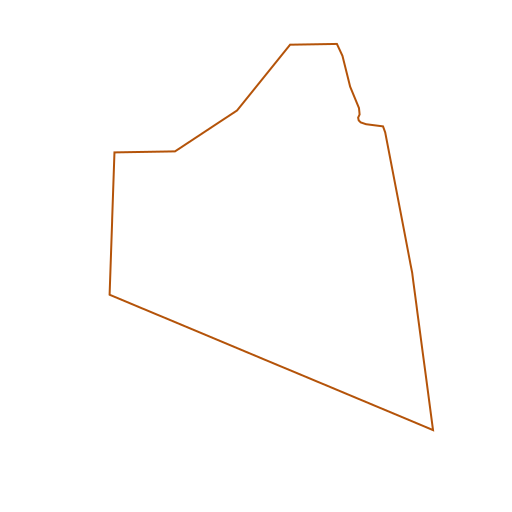 the district of Al Maslub, Al Jawf, Yemen, rotated 80°
{"feature_id": "15242507B10963365532335", "entity_name": "Al Maslub", "entity_type": "district", "adm_level": 2, "iso_a3": "YEM", "parent_name": "Yemen", "parent_adm1": "Al Jawf", "projection": "mercator", "projection_center": [44.561, 16.096], "detail": "fine", "context": "isolated", "style": "outline", "palette": "amber", "viewbox_px": 512, "rotation_deg": 80, "n_neighbors": 0, "source": "geoboundaries", "source_scale": "gbopen_adm2", "svg_char_len": 772}
<svg xmlns="http://www.w3.org/2000/svg" viewBox="0 0 512 512"><g transform="rotate(80 256 256)"><path d="M129.4,377.4L195.9,391.5L196.1,391.5L268.7,406.9L268.8,406.8L287.9,377.1L289.2,375.0L294.1,367.4L296.1,364.3L298.0,361.3L359.5,265.6L367.9,252.5L387.3,222.2L390.4,217.4L401.1,200.7L407.8,190.3L413.9,180.8L423.6,165.7L451.1,122.9L458.2,111.9L402.6,109.5L380.5,108.6L352.6,107.4L340.3,106.9L331.8,106.5L322.3,106.1L307.8,105.5L299.7,105.1L290.0,105.3L288.3,105.3L259.2,105.7L232.3,106.1L156.7,107.3L150.4,108.4L145.3,124.8L142.6,129.7L140.3,131.3L137.5,131.4L134.6,129.4L132.2,129.2L128.2,128.9L105.5,133.9L96.7,134.5L73.9,136.1L61.2,139.5L54.0,184.7L53.8,185.7L109.4,249.4L117.9,269.1L138.9,317.6L129.4,377.4Z" fill="none" stroke="#b45309" stroke-width="2"/></g></svg>